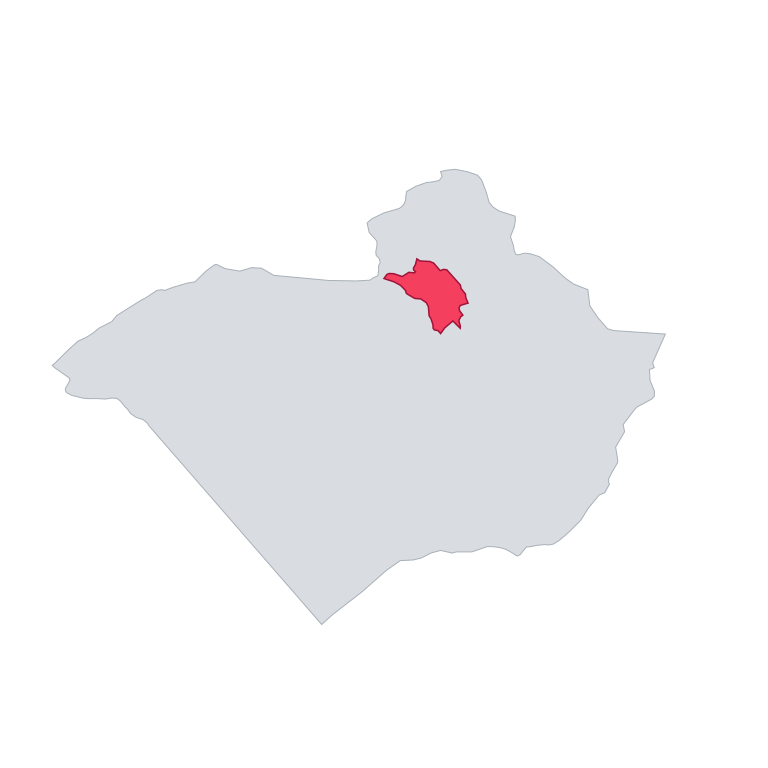 Nwoya on a map of Uganda (Mercator projection), rotated 49°
{"feature_id": "UGA-5625", "entity_name": "Nwoya", "entity_type": "District", "adm_level": 1, "iso_a3": "UGA", "parent_name": "Uganda", "parent_adm1": "", "projection": "mercator", "projection_center": [31.834, 2.49], "detail": "coarse", "context": "in_parent", "style": "filled", "palette": "rose", "viewbox_px": 768, "rotation_deg": 49, "n_neighbors": 0, "source": "natural_earth", "source_scale": "10m", "svg_char_len": 2980}
<svg xmlns="http://www.w3.org/2000/svg" viewBox="0 0 768 768"><g transform="rotate(49 384 384)"><path d="M524.6,588.8L515.2,588.8L499.9,588.8L484.6,588.8L469.3,588.8L454.0,588.8L438.7,588.8L423.4,588.8L408.1,588.8L392.8,588.8L377.5,588.8L362.2,588.8L346.9,588.8L331.6,588.8L316.3,588.8L300.9,588.8L285.6,588.8L270.3,588.8L261.3,588.8L259.5,588.5L258.2,588.2L252.5,589.3L246.5,593.0L240.1,594.6L233.3,594.0L232.5,594.4L229.0,594.3L224.1,594.1L219.6,595.1L216.2,598.4L212.7,604.0L206.4,610.5L201.5,616.3L197.3,620.4L187.8,627.1L182.6,629.1L180.0,628.8L178.4,627.5L175.4,618.9L173.5,617.5L155.0,622.0L152.2,622.0L152.4,619.3L151.1,599.1L150.9,586.7L153.3,578.9L154.7,570.0L154.9,562.1L158.3,548.6L157.0,540.6L161.4,512.3L162.6,507.7L164.3,494.1L167.0,489.9L169.5,488.2L172.6,479.8L178.7,466.5L182.9,459.6L182.0,444.5L182.7,434.3L183.7,432.0L192.7,428.2L204.3,418.7L209.3,407.6L216.2,400.5L229.7,395.9L269.7,357.7L288.3,337.0L296.4,326.5L296.7,322.7L298.3,317.7L295.0,313.8L291.1,310.3L289.8,307.1L286.5,305.4L281.7,305.5L278.6,303.2L275.0,298.5L271.4,295.6L260.0,295.8L251.3,291.1L251.4,284.6L254.8,271.9L261.5,257.3L261.8,253.3L260.9,249.9L259.3,247.0L256.3,244.0L253.5,240.6L255.7,230.1L259.8,219.8L263.3,214.7L266.6,208.9L265.7,204.2L260.8,201.9L263.3,197.2L268.6,189.5L278.8,181.6L287.8,176.4L293.8,176.4L305.4,180.6L316.0,185.5L321.8,185.7L328.8,183.7L343.4,174.9L346.9,177.7L351.1,183.0L355.7,191.8L364.9,195.8L369.3,198.5L372.5,199.4L374.2,198.6L377.7,191.8L381.9,188.0L389.7,183.3L406.8,179.5L419.0,178.3L424.2,177.5L432.9,175.3L446.6,168.3L460.1,177.4L474.8,179.1L489.0,179.0L493.3,176.3L495.8,174.2L510.7,159.2L530.9,138.9L544.3,167.5L548.9,169.2L548.3,171.6L547.1,174.1L555.9,180.9L566.7,184.5L570.6,188.1L571.0,191.9L567.3,208.6L568.0,213.3L571.5,230.1L577.9,233.8L583.6,250.6L595.2,257.8L596.8,259.8L599.5,268.0L603.0,276.9L605.8,279.0L607.5,279.5L610.9,289.0L608.9,294.3L611.6,310.5L615.9,325.0L617.1,342.2L617.1,349.8L617.0,354.5L616.0,361.0L613.9,364.8L610.3,368.5L606.2,374.3L602.6,380.6L600.4,383.6L602.1,393.0L601.7,395.4L600.7,396.6L595.5,398.0L588.8,400.5L584.7,403.0L579.0,407.7L574.4,412.8L568.3,427.9L558.1,439.6L556.4,443.4L546.8,450.4L542.5,459.1L539.9,469.6L536.1,477.2L528.0,487.6L526.2,504.0L526.4,536.8L524.3,574.1L524.6,588.8Z" fill="#d9dde1" stroke="#a8b0b8" stroke-width="1"/><path d="M391.9,289.9L381.6,290.7L381.5,301.3L383.1,308.2L379.2,308.2L376.2,310.5L374.2,310.4L371.4,308.2L365.7,305.8L362.1,305.2L354.8,299.8L350.3,298.7L343.8,300.5L339.7,304.6L331.6,307.4L330.0,307.6L327.6,306.4L320.4,306.8L313.3,309.5L304.4,314.9L303.2,310.0L303.9,307.7L307.1,304.3L314.9,299.7L316.0,292.0L320.1,288.1L319.8,286.5L317.3,286.9L315.8,285.6L314.5,281.9L311.1,277.1L314.9,276.0L321.6,269.0L325.3,267.2L335.3,267.2L336.6,263.8L339.0,261.7L359.4,261.4L362.5,263.2L369.5,263.5L372.6,265.7L378.1,267.5L374.7,274.9L375.9,277.5L378.3,278.9L383.8,279.3L383.6,282.1L385.3,286.0L390.3,288.3L391.9,289.9Z" fill="#f43f5e" stroke="#9f1239" stroke-width="1.5"/></g></svg>